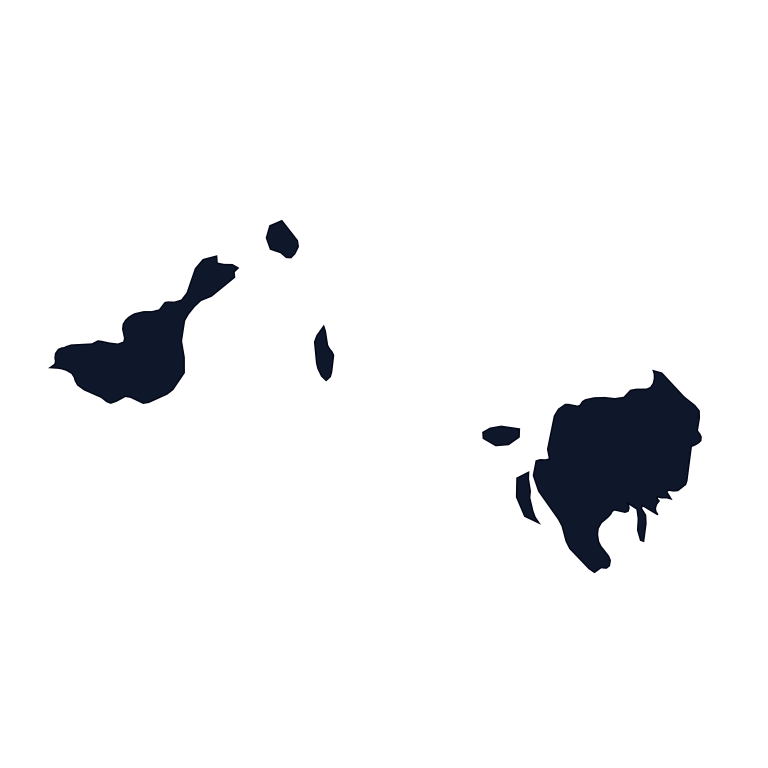 the Province of Shefa, rotated 291°
{"feature_id": "VUT-565", "entity_name": "Shefa", "entity_type": "Province", "adm_level": 1, "iso_a3": "VUT", "parent_name": "Vanuatu", "parent_adm1": "", "projection": "albers", "projection_center": [168.336, -17.198], "detail": "fine", "context": "isolated", "style": "filled", "palette": "ink", "viewbox_px": 768, "rotation_deg": 291, "n_neighbors": 0, "source": "natural_earth", "source_scale": "10m", "svg_char_len": 2630}
<svg xmlns="http://www.w3.org/2000/svg" viewBox="0 0 768 768"><g transform="rotate(291 384 384)"><path d="M476.3,634.2L481.3,635.3L486.1,634.5L490.3,632.8L492.9,630.7L493.7,639.4L479.3,668.8L475.3,681.7L471.8,687.8L465.3,690.5L452.9,693.1L451.8,694.3L450.5,696.6L448.2,699.0L444.6,700.0L442.2,698.9L439.1,696.6L436.7,694.2L436.3,693.1L402.0,701.4L398.3,701.5L389.9,696.5L388.0,692.7L386.9,687.8L384.8,686.3L379.6,693.1L379.2,688.8L377.2,683.7L376.7,679.5L374.5,680.3L374.3,680.5L374.3,681.1L373.4,682.7L369.4,681.5L365.6,681.7L362.5,683.3L360.1,686.5L363.2,668.8L360.1,668.8L355.2,675.2L347.4,678.6L330.2,682.7L330.2,679.5L338.5,673.2L349.3,669.8L357.9,665.1L360.1,654.6L356.1,657.1L352.8,657.4L350.7,655.0L349.1,644.2L347.0,642.6L343.8,642.2L340.1,640.8L332.3,636.5L325.8,635.6L319.9,637.2L313.6,640.8L310.2,644.5L303.7,655.3L300.4,658.4L295.1,659.5L291.8,657.5L290.4,652.4L283.6,648.0L285.1,641.7L297.0,616.5L302.7,610.3L315.2,601.3L320.2,595.6L339.4,566.9L352.1,556.3L366.7,553.7L369.2,556.9L371.0,562.2L373.4,565.4L381.8,560.2L415.2,554.6L423.0,556.0L429.9,560.7L431.0,563.8L432.6,573.0L434.6,574.9L438.7,575.7L441.5,577.9L446.3,585.3L450.3,594.8L452.9,604.7L457.4,612.8L466.4,616.5L469.4,621.5L473.2,631.1L476.3,634.2ZM303.1,188.8L296.9,185.0L282.6,170.9L279.8,166.1L280.9,152.1L279.8,146.9L272.1,140.3L268.2,135.7L268.3,131.3L270.3,125.2L271.2,106.4L273.3,98.4L276.4,94.7L279.5,92.3L282.1,88.8L283.1,82.5L282.8,77.6L282.1,74.2L279.7,66.5L284.5,69.7L287.5,69.3L290.4,67.6L294.8,66.5L299.6,67.7L302.0,70.2L303.3,72.7L304.8,73.8L308.2,78.1L316.7,97.2L321.6,101.5L322.5,105.1L323.7,113.1L325.8,121.4L329.9,126.1L333.7,125.6L341.7,120.4L346.5,119.2L350.8,120.0L354.6,121.8L357.8,124.1L360.1,126.1L365.2,133.7L368.3,141.6L372.6,147.8L381.5,150.4L383.1,153.1L385.1,159.0L389.7,165.0L398.4,167.6L424.2,166.7L435.3,170.6L443.4,181.9L437.0,184.8L438.1,191.7L441.0,199.6L440.0,206.2L434.9,203.8L430.1,206.2L404.3,191.4L396.4,183.0L388.4,179.1L379.0,176.1L371.7,175.0L351.5,179.4L337.1,187.9L322.9,193.4L303.1,188.8ZM481.5,254.7L473.6,254.0L468.6,251.8L467.2,247.5L469.7,240.5L469.2,229.7L478.3,221.9L490.8,220.8L499.8,230.1L486.8,251.7L481.5,254.7ZM399.8,317.4L397.2,320.5L395.3,323.9L392.7,326.6L376.6,330.7L371.6,331.2L366.6,328.7L369.1,322.9L374.7,316.9L379.5,313.6L398.4,304.2L405.1,304.1L416.3,307.0L412.2,310.3L399.8,317.4ZM366.6,510.4L368.9,496.2L374.3,493.7L380.8,499.1L386.5,508.7L390.5,526.5L382.9,529.1L372.1,521.9L366.6,510.4ZM309.8,578.4L311.0,562.8L326.0,548.3L343.8,541.9L353.4,550.6L347.2,552.7L336.4,558.9L330.0,560.7L318.7,568.4L313.7,572.8L309.8,578.4Z" fill="#0f172a" stroke="#020617" stroke-width="1.5"/></g></svg>